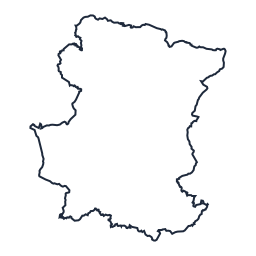 Moyahua de Estrada, Zacatecas, Mexico
{"feature_id": "50627088B96990632863849", "entity_name": "Moyahua de Estrada", "entity_type": "district", "adm_level": 2, "iso_a3": "MEX", "parent_name": "Mexico", "parent_adm1": "Zacatecas", "projection": "orthographic", "projection_center": [-103.164, 21.196], "detail": "fine", "context": "isolated", "style": "outline", "palette": "slate", "viewbox_px": 256, "rotation_deg": 0, "n_neighbors": 0, "source": "geoboundaries", "source_scale": "gbopen_adm2", "svg_char_len": 5715}
<svg xmlns="http://www.w3.org/2000/svg" viewBox="0 0 256 256"><path d="M206.5,205.1L204.3,203.7L202.8,203.4L203.5,202.1L202.9,200.8L201.4,200.5L200.6,204.1L196.2,205.0L195.1,206.8L193.6,206.3L193.3,205.9L193.8,204.1L193.3,203.4L193.9,203.0L193.6,202.4L192.7,202.3L193.6,200.6L194.1,197.5L195.2,196.0L192.0,196.0L191.2,195.2L189.7,195.1L187.8,195.1L187.2,195.6L186.5,193.8L187.2,193.4L187.4,192.8L186.9,192.3L185.8,192.2L185.4,191.6L183.5,190.7L182.4,191.7L181.9,191.4L181.4,190.6L181.7,188.0L181.3,187.1L180.2,187.0L180.2,186.3L179.3,185.7L179.0,184.2L178.0,183.1L178.3,182.6L177.6,182.3L177.6,181.5L176.9,181.4L176.9,179.3L179.2,178.8L179.1,177.9L182.3,175.9L187.5,174.6L188.3,173.7L190.0,173.7L191.9,172.4L193.6,170.1L194.3,166.4L195.7,165.1L195.9,163.4L196.9,162.2L192.4,154.4L192.5,153.5L193.7,151.8L193.8,150.6L191.5,148.7L191.6,146.9L189.7,144.2L189.4,141.5L187.9,139.2L187.3,135.5L187.7,132.2L187.3,129.8L188.0,128.2L189.1,127.5L189.8,126.2L191.2,126.4L191.4,123.3L192.3,123.0L192.8,122.1L194.4,120.9L196.3,121.1L196.4,120.3L198.4,117.3L198.5,117.0L197.0,116.5L192.6,115.6L192.0,114.4L192.3,113.0L194.8,110.7L195.5,106.3L196.7,104.7L197.9,100.0L198.6,99.3L199.2,97.5L202.8,92.7L206.6,89.5L207.4,88.3L207.0,86.8L203.3,84.7L201.1,81.2L202.9,81.5L206.8,77.8L208.6,77.2L209.0,76.6L210.5,75.8L212.1,75.6L213.9,74.3L215.2,74.2L216.9,72.5L219.2,71.0L219.8,69.4L222.1,68.6L223.6,67.0L223.9,62.7L223.2,60.5L223.2,58.5L225.1,53.5L225.6,51.1L224.9,49.4L224.2,48.8L223.4,48.8L220.4,50.0L219.9,49.3L217.3,48.7L216.3,49.2L215.9,50.2L214.9,50.3L212.9,50.1L211.8,49.4L206.5,48.8L203.2,47.3L200.2,47.2L199.3,46.5L197.8,47.6L196.4,47.7L191.6,45.7L191.5,44.7L190.4,44.7L190.1,43.5L189.4,43.0L186.4,42.6L186.4,42.1L184.8,41.9L183.9,41.1L182.1,40.8L179.1,41.2L178.4,41.7L174.8,42.6L173.9,43.1L171.5,46.4L169.6,46.9L168.6,45.8L168.9,45.5L167.2,42.2L165.0,40.4L165.4,39.0L166.4,37.8L166.7,35.8L166.4,32.6L166.1,32.0L165.7,32.1L165.1,30.5L162.5,29.4L161.5,29.7L160.7,29.1L156.9,28.2L149.0,24.7L145.5,24.0L144.8,25.0L143.2,24.8L141.7,25.5L140.2,27.1L135.7,27.2L133.6,26.3L132.6,27.5L131.1,27.7L130.7,27.3L131.1,25.5L129.0,24.9L124.8,26.1L123.2,25.8L123.8,24.8L121.7,24.3L122.7,23.4L123.3,23.6L123.3,23.2L120.8,23.0L119.3,23.5L117.9,22.5L114.1,22.7L112.4,21.9L110.7,20.3L107.9,20.8L107.0,19.2L105.0,17.6L102.4,19.0L99.6,18.4L98.0,19.7L96.0,18.8L95.0,17.7L94.8,16.6L93.1,15.5L90.4,15.4L87.9,16.7L85.3,16.9L83.5,17.6L81.0,20.1L80.3,22.5L79.3,23.7L76.8,25.6L75.6,25.6L76.2,26.9L76.4,29.4L76.0,29.8L75.7,32.0L75.1,32.8L75.7,34.2L75.2,35.3L76.3,36.1L76.2,36.7L76.7,36.9L77.3,36.3L78.1,36.3L78.9,37.2L80.4,37.8L79.9,39.1L81.5,40.9L80.9,42.9L81.4,45.3L80.9,47.5L82.0,48.3L81.9,50.2L81.3,50.3L79.8,49.4L80.2,48.6L79.1,47.1L77.4,46.8L77.5,45.9L76.0,45.6L76.6,44.9L76.0,44.0L75.4,43.9L74.9,44.7L74.3,44.6L73.9,43.6L73.2,44.2L72.7,43.8L71.7,44.4L69.1,44.4L63.7,49.0L63.6,50.3L62.2,50.3L61.4,51.6L60.3,51.2L59.9,51.6L60.2,53.3L58.7,53.8L58.4,55.3L61.0,59.8L60.0,61.5L60.5,63.3L59.7,64.0L57.9,64.5L57.5,65.7L58.4,67.0L58.7,68.5L58.6,70.5L58.9,71.2L60.8,72.1L60.7,73.8L62.0,75.1L62.0,77.6L68.9,82.0L69.8,85.5L70.3,85.1L71.4,85.2L73.0,85.5L73.6,86.1L74.4,85.6L74.5,86.1L75.4,86.1L75.8,87.0L76.7,87.4L77.6,87.0L77.9,87.7L77.6,88.3L77.9,88.7L80.7,88.9L81.2,89.3L81.1,90.9L79.2,91.6L79.3,92.4L76.0,99.6L74.6,101.8L72.4,103.5L72.3,104.3L72.9,106.6L73.8,108.5L75.6,110.3L75.4,114.7L70.7,119.1L68.6,122.0L68.3,123.5L67.4,124.3L66.7,124.2L65.7,122.3L64.6,121.7L62.4,122.6L59.8,124.6L57.1,125.2L52.5,124.7L50.4,124.9L49.0,125.5L46.8,125.4L43.4,126.9L42.2,128.1L41.2,128.4L41.6,127.0L41.1,124.4L40.2,123.7L38.8,128.0L35.1,126.2L34.1,125.3L34.2,124.9L33.0,124.2L30.5,126.4L30.4,128.0L34.6,130.0L36.4,135.8L38.1,137.3L38.5,138.4L42.2,153.3L42.3,155.0L43.6,158.9L43.0,161.6L43.4,162.4L43.2,164.2L42.2,167.1L40.2,169.5L39.5,170.9L39.7,172.3L39.1,175.1L39.4,176.3L45.6,179.5L50.0,181.2L52.2,183.1L53.5,183.6L54.4,183.3L57.4,184.3L59.1,183.9L60.7,185.5L62.4,186.5L63.3,186.5L64.5,185.9L65.9,186.1L69.4,190.2L69.2,192.2L68.8,192.5L66.2,193.0L65.6,193.8L65.8,195.2L65.0,198.3L65.6,200.0L65.2,201.5L65.4,205.2L62.7,207.8L63.7,210.9L63.6,212.1L62.5,213.9L60.5,214.3L60.0,214.8L59.6,217.2L61.8,216.0L61.4,217.6L62.1,217.7L62.6,217.0L63.0,217.1L63.0,217.9L63.9,218.8L65.0,217.8L66.4,218.3L67.2,217.3L68.9,217.7L69.6,216.7L70.4,216.4L71.4,217.1L71.4,218.1L74.6,220.7L78.5,220.3L80.0,219.2L82.3,215.7L83.7,215.7L85.7,214.3L87.7,215.2L88.3,213.3L89.9,212.5L90.7,211.1L93.1,210.9L94.9,209.4L95.0,208.6L95.7,208.5L97.1,210.4L97.5,210.4L98.1,209.6L98.6,209.7L98.7,211.2L100.1,212.0L99.6,212.8L101.1,215.0L101.9,215.0L102.4,214.3L102.9,214.3L103.8,215.9L105.6,214.6L107.6,215.3L109.7,214.9L110.9,215.6L110.4,217.3L110.7,218.4L110.3,219.0L108.5,219.5L108.5,220.2L110.4,221.3L111.1,223.2L112.0,224.1L110.7,225.3L110.9,227.0L111.9,226.5L112.7,226.9L113.3,226.3L114.6,226.0L115.3,224.4L117.0,223.9L117.4,225.4L118.0,226.0L120.7,225.5L121.2,226.3L121.3,225.8L124.3,225.6L125.7,226.4L126.6,228.0L127.3,228.1L127.9,227.4L130.0,227.7L129.4,226.3L129.7,225.2L132.0,226.9L137.3,228.0L138.0,230.5L139.1,231.4L140.4,231.4L141.3,230.7L142.3,232.0L144.1,230.9L145.5,234.5L147.6,236.0L149.4,235.7L151.5,237.1L152.2,238.5L152.1,239.5L153.8,240.5L155.1,240.6L156.6,239.8L160.1,233.5L159.5,231.9L157.9,231.1L158.7,230.0L161.9,230.0L162.4,229.5L165.3,229.1L166.3,230.8L168.5,230.7L170.2,231.1L172.2,233.8L175.2,232.2L177.6,231.6L183.2,231.3L184.8,230.4L188.5,226.0L190.4,225.8L191.9,224.8L192.5,225.6L193.2,224.5L194.5,224.1L193.9,222.9L194.7,222.4L195.3,221.2L197.1,220.2L198.5,218.7L199.2,216.2L200.4,214.6L201.6,214.1L201.9,211.1L203.0,210.1L203.6,210.5L205.5,209.1L205.7,209.3L207.1,206.8L207.4,204.7L207.8,204.4L207.5,204.0L206.5,205.1Z" fill="none" stroke="#1e293b" stroke-width="2"/></svg>